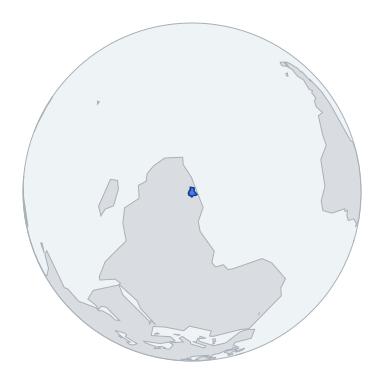 globe centered on Erongo, rotated 177°
{"feature_id": "NAM-3348", "entity_name": "Erongo", "entity_type": "Region", "adm_level": 1, "iso_a3": "NAM", "parent_name": "Namibia", "parent_adm1": "", "projection": "orthographic", "projection_center": [15.284, -22.15], "detail": "fine", "context": "on_globe", "style": "filled", "palette": "blue", "viewbox_px": 384, "rotation_deg": 177, "n_neighbors": 0, "source": "natural_earth", "source_scale": "10m", "svg_char_len": 5638}
<svg xmlns="http://www.w3.org/2000/svg" viewBox="0 0 384 384"><g transform="rotate(177 192 192)"><circle cx="192" cy="192" r="169" fill="#eef3f6" stroke="#a8b0b8"/><path d="M27.3,154.1L27.0,156.2L30.1,149.0L29.4,151.6L31.8,156.6L37.4,155.3L38.6,160.6L37.7,165.5L40.3,164.6L40.3,167.3L53.3,163.6L62.2,166.6L63.4,176.4L58.9,190.8L61.7,217.6L55.5,231.6L58.6,242.7L61.8,261.6L57.4,264.5L63.4,270.3L65.0,276.6L63.4,279.5L67.3,284.8L66.4,286.8L69.9,288.7L74.7,298.0L80.5,302.1L85.6,309.2L89.5,311.5L89.1,312.2L90.3,314.2L92.5,315.9L88.6,315.9L80.4,310.2L76.6,305.9L76.0,306.5L67.3,295.8L68.9,298.9L57.4,285.5L49.6,272.8L33.5,240.1L31.0,235.3L28.6,233.0L26.1,223.9L24.0,210.0L23.1,196.0L23.3,181.9L24.8,167.9L27.3,154.1ZM97.2,317.0L89.9,316.7L93.1,316.4L90.0,312.3L95.8,313.5L97.2,317.0ZM90.5,305.9L90.1,302.6L91.5,303.0L92.1,305.3L90.5,305.9ZM219.0,25.2L212.6,24.3L219.6,25.4L218.5,25.2L221.9,25.8L222.2,25.8L234.1,28.4L245.7,31.8L257.1,36.1L268.1,41.1L278.7,47.0L288.9,53.6L298.6,60.9L307.7,68.9L316.2,77.5L324.1,86.7L331.4,96.5L337.9,106.7L343.6,117.4L348.6,128.5L352.7,139.9L356.0,151.5L357.8,160.2L360.0,174.4L360.9,187.3L360.4,180.1L359.2,168.6L358.2,163.1L356.5,153.9L352.0,137.8L351.3,137.0L349.6,131.6L343.3,117.4L341.3,116.0L339.3,123.3L342.1,137.0L340.1,140.9L330.1,116.7L324.5,103.0L321.6,102.2L310.7,88.7L294.1,81.5L291.1,78.0L288.1,78.2L280.3,73.4L275.4,68.2L271.0,67.4L283.8,81.5L288.5,82.7L291.4,79.4L294.2,84.3L301.6,90.6L295.7,99.0L269.9,103.0L266.4,92.7L241.4,65.3L241.6,63.0L241.4,62.7L241.1,62.2L239.8,65.9L235.2,61.3L249.6,78.5L252.5,86.2L269.6,103.5L268.2,104.8L273.4,109.0L288.7,108.9L289.0,112.3L282.4,126.9L260.3,146.7L262.7,164.6L260.1,179.8L245.1,188.5L245.2,201.4L237.2,205.1L235.9,212.6L228.9,220.2L217.5,227.4L199.5,227.2L199.4,220.0L191.8,206.6L181.7,176.0L187.2,162.4L186.0,152.3L172.9,131.8L175.9,120.3L172.1,115.9L164.5,117.7L160.1,112.7L155.4,113.1L125.5,121.8L115.9,116.9L103.2,100.5L108.3,91.7L108.3,83.7L142.4,52.4L150.6,52.2L178.5,46.7L182.1,47.2L179.9,52.2L201.7,58.2L207.5,53.9L226.2,58.6L237.9,59.7L240.3,50.8L221.0,48.6L216.6,44.2L231.3,42.3L248.0,45.5L246.8,43.9L235.4,39.1L238.3,37.5L231.3,37.5L234.8,39.2L230.5,39.4L227.1,37.9L228.2,37.3L223.0,36.1L218.7,40.3L221.8,42.5L208.5,42.7L212.4,46.6L209.1,48.2L201.3,42.4L201.4,40.4L187.6,35.5L186.3,37.4L199.2,42.5L195.6,42.0L193.9,45.5L192.3,42.5L178.5,37.3L166.0,39.6L151.4,49.8L143.7,51.9L136.6,51.6L140.4,42.9L157.2,39.4L158.7,37.0L154.1,34.9L159.5,34.3L159.7,33.2L165.9,32.3L173.4,29.3L179.5,28.6L181.2,26.2L184.6,25.8L182.6,27.1L184.5,28.1L199.5,27.8L202.1,27.3L202.0,26.0L206.1,26.5L204.1,25.3L212.2,25.5L200.7,24.5L200.3,23.8L204.5,23.6L202.3,23.4L195.5,23.7L194.6,24.1L197.1,24.6L193.0,26.6L188.1,27.1L184.6,25.0L177.3,25.7L177.8,24.4L191.1,23.0L205.1,23.5L219.0,25.2ZM131.9,65.5L131.3,67.8L131.2,67.8L131.9,65.5ZM266.7,54.7L276.0,57.8L270.0,51.4L273.1,52.3L269.9,50.0L269.5,51.0L261.5,45.4L264.8,45.4L262.8,43.4L259.5,42.3L254.7,43.4L266.2,51.1L264.8,52.6L266.7,54.7ZM30.3,148.7L30.5,149.6L29.8,150.7L30.3,148.7ZM33.2,134.2L33.5,133.5L32.7,135.8L33.2,134.2ZM154.5,30.0L157.0,30.0L155.2,31.2L147.4,33.4L150.0,31.5L154.5,30.0ZM160.9,29.8L159.6,27.9L164.4,26.9L162.0,27.7L165.2,27.2L162.2,28.5L167.9,30.0L166.7,31.2L153.1,33.8L158.2,32.0L155.5,32.0L160.9,29.8ZM156.5,26.8L149.9,28.4L149.1,28.6L156.5,26.8ZM185.7,45.3L188.4,45.4L192.5,45.1L191.6,47.5L185.7,45.3ZM176.2,41.7L178.5,41.2L179.2,44.0L176.4,44.1L176.2,41.7ZM179.3,38.9L178.6,41.0L177.3,39.9L179.3,38.9ZM184.7,26.9L187.2,26.6L187.7,26.9L186.6,27.5L184.7,26.9ZM237.3,51.9L234.3,53.2L232.4,52.2L233.8,51.9L237.3,51.9ZM212.1,49.5L218.1,51.0L211.7,50.1L212.1,49.5ZM281.9,284.5L281.5,287.7L279.7,287.0L281.9,284.5ZM286.0,182.9L272.8,208.9L265.7,207.5L265.4,198.6L271.1,182.3L279.7,179.4L284.2,172.9L286.0,182.9ZM359.1,216.7L359.2,216.4L359.8,210.8L360.1,208.9L359.8,211.4L359.1,216.7ZM360.1,208.5L360.4,195.3L357.6,166.1L358.7,169.1L360.9,190.1L360.9,191.9L360.7,201.3L360.1,208.5ZM342.7,138.6L345.8,148.9L344.4,149.0L342.7,138.6ZM326.1,294.8L326.9,293.4L329.7,288.9L332.6,285.2L342.2,268.9L341.6,270.2L346.4,260.5L340.5,272.5L333.7,284.0L326.1,294.8Z" fill="#d9dde1" stroke="#a8b0b8" stroke-width="1"/><path d="M189.8,196.1L189.7,195.9L189.7,195.7L189.8,195.6L189.9,195.4L189.8,195.1L189.7,194.9L189.7,194.7L189.6,194.4L189.7,194.2L189.7,194.3L189.8,194.4L189.8,194.5L189.9,194.3L189.9,194.2L190.0,194.1L189.9,193.6L189.9,193.2L189.8,192.9L189.7,192.7L189.6,192.4L189.4,192.2L188.9,191.4L188.7,191.2L188.4,191.0L188.4,190.9L188.4,190.7L188.1,190.4L188.1,190.2L187.7,189.6L187.6,189.3L187.4,189.2L187.6,189.1L187.8,189.0L187.8,188.9L188.0,188.9L188.2,188.7L188.4,188.7L188.5,188.7L188.8,188.6L189.0,188.5L189.3,188.6L189.5,188.5L189.8,188.6L190.0,188.6L190.3,188.6L190.5,188.6L190.8,188.4L191.0,188.4L191.1,188.2L191.4,188.0L191.5,187.9L192.0,187.5L192.0,187.4L192.2,187.2L192.3,187.1L192.5,187.1L192.6,187.3L192.8,187.3L192.9,187.6L193.0,187.7L193.0,187.8L193.1,187.7L193.2,187.8L193.3,187.9L193.5,188.1L194.1,188.4L194.2,188.6L194.4,188.7L194.5,188.7L194.8,188.8L195.0,189.0L195.4,189.1L195.4,189.3L195.4,189.8L195.3,190.0L195.2,190.1L195.1,190.4L195.0,190.8L195.1,191.1L195.2,191.3L195.3,191.3L195.2,191.4L195.2,191.5L195.3,191.6L195.2,191.7L195.2,191.8L195.2,192.0L195.1,192.4L195.1,192.5L194.9,192.8L194.9,193.0L194.7,193.1L194.5,193.3L194.4,193.3L194.2,193.3L193.9,193.5L194.1,193.6L194.1,194.0L193.9,194.1L193.7,194.1L193.6,194.5L193.6,194.9L193.6,195.0L193.5,195.6L193.4,195.7L193.3,195.9L193.3,196.0L193.5,196.1L193.5,196.6L193.5,196.8L193.2,196.9L192.5,196.6L192.1,196.5L191.8,196.4L191.6,196.4L191.4,196.4L189.8,196.1Z" fill="#3b82f6" stroke="#1e3a8a" stroke-width="1.5"/></g></svg>